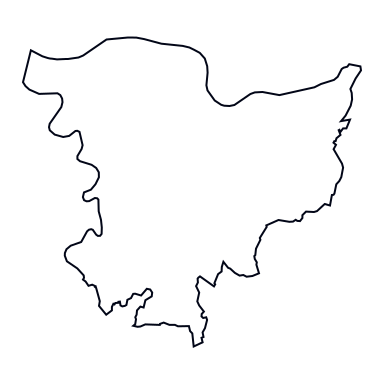 the district of Limerick City West Lea-7, Limerick, Ireland
{"feature_id": "5873133B63179188649411", "entity_name": "Limerick City West Lea-7", "entity_type": "district", "adm_level": 2, "iso_a3": "IRL", "parent_name": "Ireland", "parent_adm1": "Limerick", "projection": "mercator", "projection_center": [-8.718, 52.624], "detail": "fine", "context": "isolated", "style": "outline", "palette": "ink", "viewbox_px": 384, "rotation_deg": 0, "n_neighbors": 0, "source": "geoboundaries", "source_scale": "gbopen_adm2", "svg_char_len": 2895}
<svg xmlns="http://www.w3.org/2000/svg" viewBox="0 0 384 384"><path d="M200.0,53.1L199.5,52.7L198.0,51.9L193.9,49.7L189.4,47.5L182.7,45.9L161.4,43.7L144.2,39.1L136.3,37.6L128.1,37.5L106.5,39.5L83.2,55.5L78.5,57.5L68.0,59.0L65.9,59.0L57.0,59.4L52.1,58.7L49.9,58.5L47.7,58.0L42.4,56.3L30.9,50.3L23.0,82.2L25.5,86.1L29.4,89.6L39.1,93.9L57.5,93.3L60.3,95.1L62.1,98.5L62.5,102.2L61.3,107.1L49.7,123.7L49.0,127.2L49.8,130.3L54.7,134.6L63.2,137.0L69.2,135.9L75.4,131.0L77.3,130.8L79.5,131.9L82.6,145.2L81.6,149.0L77.4,156.1L77.4,159.0L80.0,161.2L91.6,164.8L96.2,168.0L98.8,172.3L98.9,177.3L95.5,184.2L90.9,189.7L84.0,192.4L82.9,197.1L84.1,200.2L86.6,201.3L89.2,201.1L94.9,198.0L97.2,198.3L98.4,199.6L98.7,211.3L101.0,219.9L101.8,227.5L101.6,233.9L100.1,235.8L97.9,235.9L96.2,234.7L92.8,229.8L91.2,229.2L89.0,229.7L87.1,231.3L81.2,242.0L70.7,245.7L66.5,249.2L64.9,253.0L64.8,255.7L66.9,261.3L77.3,268.4L83.7,275.4L84.0,277.8L83.0,279.6L85.6,281.5L88.5,285.8L92.2,284.7L95.6,286.3L95.1,287.0L96.1,287.8L99.8,301.2L99.0,305.9L106.2,314.7L111.9,310.4L111.9,306.9L113.4,303.8L114.5,304.4L115.3,303.0L118.3,302.8L118.4,301.8L119.9,301.6L120.5,305.4L122.3,306.4L124.8,305.9L126.4,305.0L127.4,299.8L131.0,298.1L133.2,293.9L135.1,293.7L141.1,295.5L146.8,288.8L150.2,289.5L152.2,292.6L151.7,296.4L145.4,300.2L143.6,307.5L140.4,306.6L137.0,310.4L136.6,314.7L135.3,317.2L136.0,319.2L135.2,324.2L133.3,325.8L137.6,326.8L140.4,326.5L145.3,324.4L159.8,324.9L160.0,323.9L163.7,322.6L169.5,324.9L175.0,324.9L178.0,326.3L188.9,326.1L190.1,331.1L192.3,333.4L193.7,346.5L202.6,342.3L201.5,337.8L203.5,337.0L202.6,332.4L205.0,328.1L207.1,319.9L206.2,317.3L203.2,318.0L201.5,316.4L201.7,314.0L203.9,311.6L199.2,305.5L197.3,301.4L199.2,292.6L196.1,286.1L197.9,282.5L197.6,278.7L198.3,277.7L200.0,276.4L214.0,286.4L215.2,284.3L214.4,283.2L218.1,274.1L221.6,271.5L221.8,267.0L223.4,261.8L228.1,267.8L230.2,268.6L234.9,272.9L239.6,275.6L243.3,275.0L246.6,276.7L252.4,276.0L259.0,273.3L256.4,264.7L256.8,262.3L254.8,259.0L254.3,256.1L255.3,255.1L256.0,248.7L260.4,239.8L259.8,238.0L266.7,226.9L266.3,225.4L278.5,220.0L289.3,221.8L293.0,221.6L295.7,219.8L297.3,220.9L300.0,221.1L302.4,218.0L302.4,215.2L306.0,211.6L314.0,212.0L317.0,211.1L324.7,204.0L330.0,205.5L331.9,195.0L333.5,194.8L334.4,193.6L336.3,184.3L339.3,181.0L341.3,177.1L343.1,167.6L342.0,163.6L333.6,149.2L336.0,144.8L333.5,142.7L334.3,141.2L335.6,141.1L336.5,138.2L340.5,134.9L338.7,130.2L339.4,129.8L340.3,132.1L343.1,128.4L346.4,128.4L350.0,119.6L341.1,121.1L345.6,115.6L350.7,105.7L352.1,99.4L351.7,92.9L350.4,89.0L355.6,78.5L361.0,70.4L360.4,66.4L349.2,64.2L347.3,66.7L343.6,67.7L341.7,69.0L337.7,76.8L334.0,79.9L321.0,84.0L314.4,87.3L279.4,95.1L262.5,92.0L254.8,92.4L250.4,94.0L234.4,105.0L229.5,106.0L224.2,105.7L221.2,104.8L214.7,100.5L207.5,90.4L206.4,85.3L207.6,72.7L207.2,66.2L204.8,58.5L200.0,53.1Z" fill="none" stroke="#020617" stroke-width="2"/></svg>